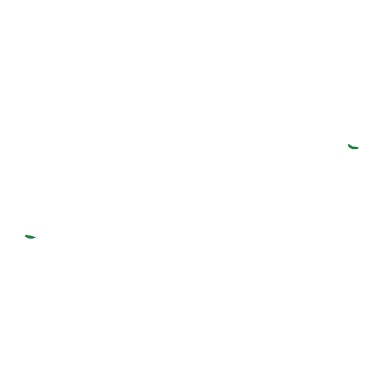 Tokelau, Mercator projection, rotated 133°
{"feature_id": "NZL-5472", "entity_name": "Tokelau", "entity_type": "state/province", "adm_level": 1, "iso_a3": "NZL", "parent_name": "New Zealand", "parent_adm1": "", "projection": "mercator", "projection_center": [-171.723, -8.952], "detail": "fine", "context": "isolated", "style": "filled", "palette": "green", "viewbox_px": 384, "rotation_deg": 133, "n_neighbors": 0, "source": "natural_earth", "source_scale": "10m", "svg_char_len": 427}
<svg xmlns="http://www.w3.org/2000/svg" viewBox="0 0 384 384"><g transform="rotate(133 192 192)"><path d="M336.5,282.4L335.4,281.1L334.5,279.7L333.7,278.2L333.1,276.7L334.9,277.9L336.3,279.5L337.2,281.4L337.6,283.5L337.0,283.6L336.9,283.3L336.8,282.8L336.5,282.4ZM50.0,105.3L48.1,103.0L46.4,100.4L48.8,102.3L50.7,104.7L51.5,107.4L50.6,110.1L50.5,108.9L50.0,105.3Z" fill="#22c55e" stroke="#15803d" stroke-width="1.5"/></g></svg>